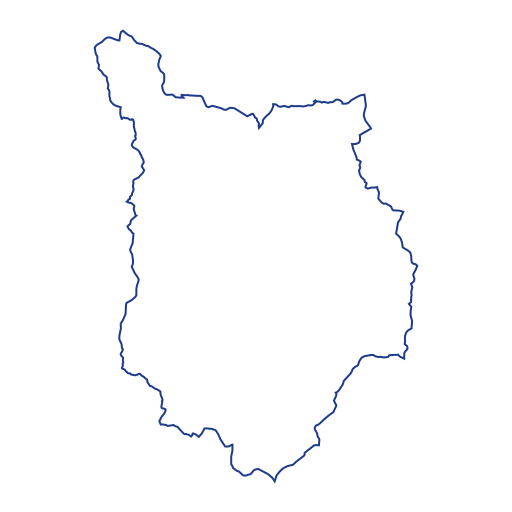 outline of Zamora, Zamora Chinchipe, Ecuador
{"feature_id": "8360857B6169045226043", "entity_name": "Zamora", "entity_type": "district", "adm_level": 2, "iso_a3": "ECU", "parent_name": "Ecuador", "parent_adm1": "Zamora Chinchipe", "projection": "orthographic", "projection_center": [-79.016, -4.004], "detail": "fine", "context": "isolated", "style": "outline", "palette": "blue", "viewbox_px": 512, "rotation_deg": 0, "n_neighbors": 0, "source": "geoboundaries", "source_scale": "gbopen_adm2", "svg_char_len": 6038}
<svg xmlns="http://www.w3.org/2000/svg" viewBox="0 0 512 512"><path d="M371.0,128.6L370.4,127.4L365.4,120.6L363.8,115.8L363.9,113.7L365.8,106.6L365.7,103.7L364.4,94.6L360.0,95.5L356.9,97.0L351.5,100.1L348.7,102.7L346.6,103.6L342.5,103.7L342.2,102.3L341.0,101.0L338.7,99.7L336.2,99.6L332.6,102.2L330.0,102.2L328.3,102.9L323.7,101.9L321.9,102.6L320.3,101.7L317.2,101.5L316.0,101.0L315.4,100.4L314.0,101.4L315.3,102.5L312.8,105.0L310.8,105.5L308.4,105.2L303.6,106.5L300.5,106.1L292.8,106.1L291.4,105.8L289.2,107.1L288.1,107.1L284.3,105.9L280.3,106.8L278.3,106.3L276.8,105.0L275.6,104.3L273.1,104.2L273.3,106.2L271.6,110.3L269.2,113.7L266.8,115.6L263.6,119.1L262.9,120.4L262.7,123.3L259.0,127.9L258.6,125.5L259.0,123.4L257.1,120.6L256.6,118.4L255.1,117.6L254.7,116.6L253.4,114.6L252.7,114.2L252.6,113.8L251.7,113.9L250.6,114.7L250.0,114.8L247.3,116.3L234.8,108.5L233.2,108.0L230.0,107.8L226.1,109.8L225.0,109.8L223.6,109.5L221.4,108.3L212.4,105.8L208.5,107.2L206.4,106.3L203.6,100.2L202.8,97.9L201.4,96.4L200.4,95.9L196.2,95.8L190.9,95.4L189.6,95.5L188.3,95.1L185.0,95.2L182.0,94.8L181.6,94.9L181.6,95.7L183.4,97.7L180.4,97.6L175.7,97.3L173.0,94.9L171.9,94.6L167.2,94.9L165.8,94.5L164.2,92.9L163.3,91.0L162.6,89.0L162.1,86.3L162.4,84.7L163.3,83.4L164.1,81.4L164.3,77.7L164.1,74.2L163.1,73.0L160.6,71.1L158.5,66.6L158.3,64.5L159.2,59.9L160.8,56.0L159.6,54.1L157.4,52.0L153.4,49.0L150.4,47.6L148.8,46.3L145.6,45.6L142.4,44.0L139.1,43.6L136.9,43.0L133.9,39.8L131.8,36.6L129.2,35.5L127.1,34.2L122.9,30.7L121.0,32.1L120.2,34.7L119.4,40.4L117.7,40.3L110.5,37.6L108.3,37.4L106.9,37.8L105.0,38.9L101.6,42.1L97.2,44.7L95.8,46.0L94.7,47.7L95.5,52.6L96.3,54.9L97.3,56.2L97.4,61.6L99.0,65.0L98.5,68.8L101.4,71.3L103.4,74.5L106.6,76.8L107.0,80.3L108.4,84.9L107.8,88.6L109.0,90.0L109.4,91.4L109.4,96.2L110.1,98.6L110.2,100.2L110.9,101.6L113.1,104.1L115.4,105.6L120.7,107.2L120.3,109.8L120.3,114.5L121.7,118.9L122.1,118.9L122.8,117.9L123.7,117.5L125.2,118.1L127.7,118.2L129.4,119.5L131.4,119.8L131.7,119.3L132.2,119.2L133.1,119.7L133.4,120.3L134.0,123.3L133.8,126.0L134.8,130.8L135.7,133.1L135.6,135.3L135.1,135.8L135.8,138.8L135.3,139.7L133.6,140.8L131.8,144.4L131.9,145.5L133.1,147.3L137.5,149.8L138.8,151.1L140.0,153.0L139.9,153.7L141.2,155.1L141.7,157.0L143.1,159.4L143.7,161.7L143.7,162.6L142.4,164.6L141.8,166.6L144.2,170.2L143.0,172.7L138.2,177.7L134.3,179.5L133.4,180.5L133.2,181.7L133.5,183.0L132.9,186.2L133.6,189.1L133.4,190.5L132.0,193.6L132.0,194.9L129.9,197.0L130.0,198.6L129.5,199.2L128.4,199.6L127.9,200.7L126.8,201.7L128.0,202.3L131.4,203.2L134.0,205.3L134.4,206.3L133.9,207.8L133.8,209.4L135.3,214.5L135.8,215.5L136.3,215.7L131.5,219.8L130.9,220.8L130.2,224.0L127.6,226.1L127.5,226.5L129.1,229.4L130.6,230.4L132.0,232.5L133.5,233.7L132.6,243.3L130.1,249.4L130.6,251.6L132.2,254.5L133.0,260.6L133.0,262.8L132.6,264.8L131.7,266.7L134.8,273.3L137.3,276.6L138.7,279.5L138.3,281.6L137.2,284.7L136.4,288.4L136.3,295.5L135.1,297.1L131.8,300.0L126.4,303.0L126.0,305.1L125.6,313.8L123.1,319.7L120.7,323.7L120.9,328.4L119.4,335.6L119.3,339.2L121.6,344.2L121.9,347.9L122.9,349.3L122.5,350.7L120.8,353.7L120.7,354.2L120.8,355.0L123.1,357.8L122.9,360.2L123.3,362.5L122.7,363.3L122.8,366.0L122.1,367.1L122.0,368.4L124.7,369.6L125.9,371.4L126.6,371.8L127.8,373.1L129.0,373.4L129.9,373.3L130.7,374.2L132.3,374.8L135.3,375.3L139.5,373.8L140.0,373.9L141.8,375.7L143.6,376.7L145.6,378.6L146.8,379.2L147.3,380.3L147.4,382.1L150.0,386.0L151.5,386.2L155.1,388.7L157.2,389.4L160.3,391.4L160.6,394.5L162.5,399.4L162.5,400.1L161.9,401.1L162.3,401.8L161.4,406.5L161.5,407.5L161.9,408.1L165.0,409.0L165.5,409.6L165.6,410.3L164.6,412.9L161.5,417.0L159.4,421.2L160.7,424.5L162.5,424.4L166.1,425.0L167.7,426.0L173.4,425.0L175.1,426.1L177.4,426.8L183.9,433.8L184.9,434.2L186.1,434.0L189.0,435.0L191.1,436.5L192.2,435.2L192.7,433.5L193.0,433.4L195.5,434.3L198.9,436.8L201.8,433.5L204.6,428.4L206.7,428.4L211.6,428.9L215.0,429.9L216.1,430.9L218.5,434.7L220.3,439.1L225.1,446.4L227.1,446.6L228.7,446.4L231.9,444.8L232.5,444.7L232.4,450.9L231.2,456.5L231.2,464.2L232.5,466.2L233.1,468.1L236.9,470.8L239.1,471.6L242.4,474.8L243.7,475.5L245.6,475.6L250.8,474.0L253.9,470.2L256.7,469.1L258.5,469.1L267.8,474.0L272.2,477.6L274.7,481.3L276.4,475.9L277.2,474.5L279.7,471.6L282.5,468.8L285.9,466.8L287.6,466.1L293.1,464.7L296.2,461.7L304.1,455.6L304.6,454.6L304.6,453.0L305.1,452.5L314.2,445.3L316.4,445.1L318.9,445.3L319.4,439.8L319.0,438.4L317.8,436.8L316.8,432.7L314.9,429.5L314.7,428.2L315.0,427.0L316.1,425.4L317.8,424.9L319.8,423.5L324.1,419.3L329.7,414.7L333.3,412.2L336.0,406.4L336.3,405.3L334.2,401.3L334.0,400.4L336.0,396.2L336.4,394.6L336.4,393.8L335.7,392.7L337.3,391.9L338.9,390.4L342.8,384.4L343.8,380.9L350.6,373.5L351.3,372.4L352.8,368.9L355.0,367.0L358.0,365.3L359.2,361.4L361.4,357.9L364.4,356.2L370.9,355.0L373.2,355.0L375.5,356.3L378.2,357.0L380.8,356.8L382.7,357.3L385.7,357.3L388.2,356.8L389.4,355.2L398.1,354.7L399.8,356.5L404.2,358.7L404.3,353.3L405.0,351.7L407.3,349.2L407.5,347.4L407.1,346.1L404.7,344.1L405.1,340.9L404.9,337.1L405.1,335.6L406.2,332.6L407.1,331.4L408.5,330.1L411.5,328.5L412.1,321.2L410.5,314.9L410.7,310.6L411.3,306.7L408.9,303.9L411.1,302.0L411.1,298.4L411.6,294.8L411.2,292.2L412.3,287.2L411.0,283.7L413.6,281.7L414.2,280.4L414.4,278.6L413.3,275.2L413.3,274.1L415.3,270.5L417.3,265.9L416.0,264.6L414.9,264.0L413.4,263.8L411.9,262.5L411.5,261.1L411.2,256.0L410.4,253.0L409.9,252.1L408.2,250.7L402.7,247.4L402.2,243.2L400.8,238.9L399.6,237.0L396.1,233.6L398.0,222.5L400.6,218.6L401.2,215.8L402.3,214.1L403.3,211.8L399.3,210.6L393.4,210.4L392.4,209.6L391.0,206.5L385.9,203.5L383.7,203.7L381.7,202.6L378.3,198.6L379.0,192.4L377.6,189.4L377.1,187.1L375.2,187.5L371.4,187.6L367.8,188.6L365.9,187.7L365.5,187.1L365.5,186.4L366.6,183.8L366.5,183.0L364.8,181.9L364.5,180.1L361.1,176.9L359.5,173.4L359.1,170.4L360.3,167.7L359.5,165.2L360.7,161.8L359.9,160.9L356.9,159.6L356.3,156.5L353.4,149.7L352.0,144.0L354.9,144.1L356.4,143.8L359.1,142.5L360.0,140.5L360.0,136.9L359.7,135.1L371.0,128.6Z" fill="none" stroke="#1e3a8a" stroke-width="2"/></svg>